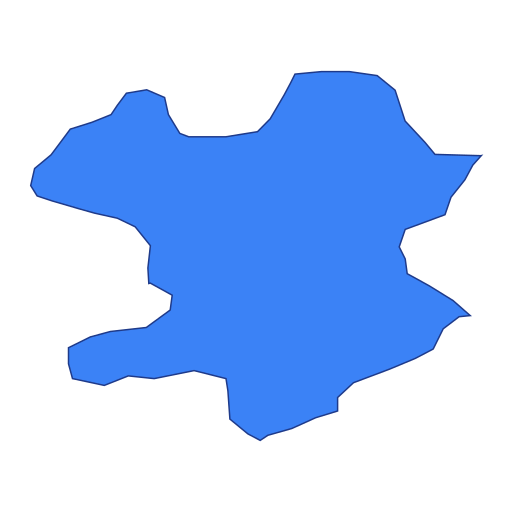 Skövde, Västra Götaland, Sweden (Natural Earth projection)
{"feature_id": "70781695B28625719623637", "entity_name": "Skövde", "entity_type": "district", "adm_level": 2, "iso_a3": "SWE", "parent_name": "Sweden", "parent_adm1": "Västra Götaland", "projection": "natural_earth1", "projection_center": [13.916, 58.441], "detail": "fine", "context": "isolated", "style": "filled", "palette": "blue", "viewbox_px": 512, "rotation_deg": 0, "n_neighbors": 0, "source": "geoboundaries", "source_scale": "gbopen_adm2", "svg_char_len": 1078}
<svg xmlns="http://www.w3.org/2000/svg" viewBox="0 0 512 512"><path d="M337.6,411.0L337.6,397.5L353.5,382.7L389.4,369.2L415.3,358.4L433.2,349.0L443.2,328.8L459.1,316.7L470.2,315.6L453.1,300.6L429.2,285.8L407.2,273.7L405.2,258.9L399.2,246.9L405.2,229.4L445.0,214.7L451.0,197.2L464.9,179.8L472.8,165.1L481.3,155.6L480.8,155.7L435.0,154.4L425.0,142.4L405.1,121.0L395.1,90.2L377.2,75.6L349.3,71.6L321.5,71.6L295.0,74.1L290.6,82.9L284.2,94.9L270.2,118.8L257.5,131.7L225.7,136.8L188.7,136.8L179.8,133.4L168.4,114.6L164.6,97.5L146.7,89.8L126.4,93.2L117.4,105.2L111.1,114.6L96.2,120.6L91.9,122.3L70.3,129.1L60.1,142.8L51.1,154.8L34.6,168.5L30.7,185.6L37.1,195.9L38.2,196.3L52.4,201.0L79.1,208.8L94.4,213.1L117.3,218.2L135.2,226.8L150.4,245.7L147.9,268.0L148.8,283.5L150.3,283.1L172.2,295.2L170.2,310.0L146.3,327.5L110.4,331.5L90.4,336.9L68.5,347.7L68.5,363.8L72.5,378.6L104.3,385.4L128.3,375.9L154.2,378.6L194.1,370.6L226.0,378.6L227.9,390.8L229.9,419.1L247.9,433.9L260.2,440.4L267.8,435.3L291.8,428.5L315.7,417.7L337.6,411.0Z" fill="#3b82f6" stroke="#1e3a8a" stroke-width="1.5"/></svg>